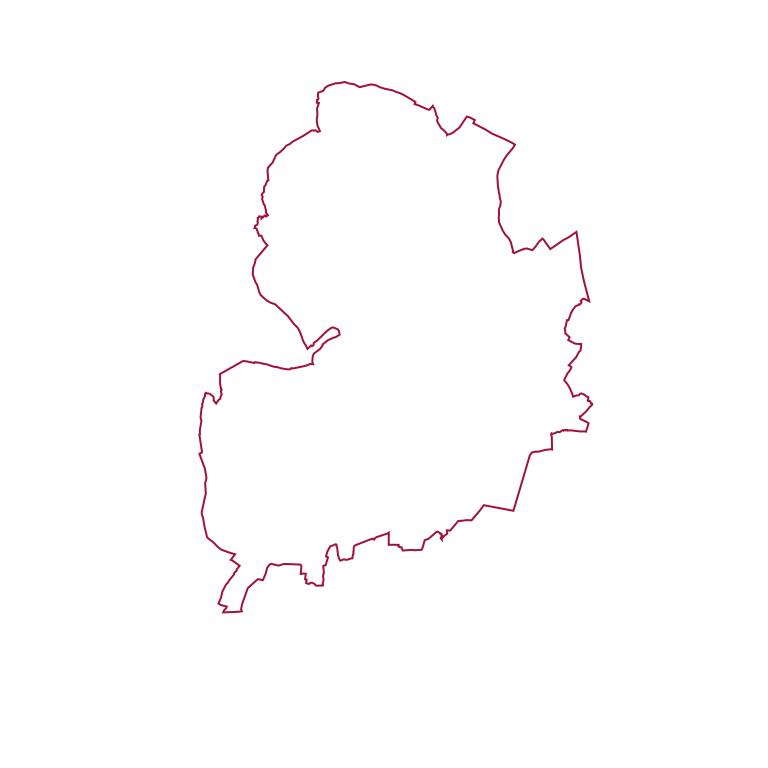 Hodod, Satu Mare, Romania (Equal Earth projection), rotated 297°
{"feature_id": "2599482B11303737226697", "entity_name": "Hodod", "entity_type": "district", "adm_level": 2, "iso_a3": "ROU", "parent_name": "Romania", "parent_adm1": "Satu Mare", "projection": "equal_earth", "projection_center": [23.05, 47.398], "detail": "fine", "context": "isolated", "style": "outline", "palette": "rose", "viewbox_px": 768, "rotation_deg": 297, "n_neighbors": 0, "source": "geoboundaries", "source_scale": "gbopen_adm2", "svg_char_len": 6166}
<svg xmlns="http://www.w3.org/2000/svg" viewBox="0 0 768 768"><g transform="rotate(297 384 384)"><path d="M441.8,584.2L442.2,582.6L442.0,574.6L444.0,573.2L444.4,574.0L451.9,576.7L456.3,577.6L460.1,578.9L460.8,578.5L461.1,577.9L460.7,577.1L462.2,575.6L462.1,574.7L461.4,573.5L461.6,573.1L463.9,572.7L465.1,571.8L464.9,569.6L465.4,568.4L465.3,564.3L464.2,563.1L462.5,562.8L461.0,560.4L458.5,558.2L460.6,556.3L464.6,551.5L467.2,547.4L468.7,543.8L469.5,542.7L476.9,542.7L479.4,543.3L483.3,543.5L484.2,543.2L484.6,540.1L495.0,543.0L500.7,543.1L503.1,543.8L506.9,542.7L509.2,541.5L507.1,537.2L506.7,535.8L506.8,528.2L510.0,528.1L511.4,522.5L512.2,522.3L515.6,519.8L518.3,519.7L523.9,518.0L524.5,519.3L524.8,519.4L531.6,518.5L535.4,518.5L539.6,519.2L540.7,519.7L543.1,521.8L543.7,521.7L544.0,522.5L545.6,522.9L546.5,522.9L547.3,521.6L549.5,522.2L550.7,523.0L550.9,529.3L566.6,515.3L577.1,506.8L587.3,500.3L606.9,486.4L598.3,481.8L593.9,478.6L579.7,470.9L584.9,461.0L585.5,459.2L581.2,457.5L574.8,456.6L570.6,455.4L569.5,449.4L567.4,446.9L562.1,442.3L559.7,440.7L559.9,438.9L560.9,438.8L568.3,432.3L568.8,431.1L569.8,430.3L571.4,426.5L571.7,425.1L574.4,420.4L580.2,413.2L585.0,410.3L587.5,409.5L590.0,407.9L592.2,407.1L596.3,406.5L599.9,405.1L602.2,402.8L605.3,400.9L606.8,399.3L609.6,397.6L611.1,396.2L620.9,390.5L626.3,388.9L638.1,389.0L642.9,389.5L653.2,391.8L656.7,392.0L657.0,389.5L656.9,379.0L656.1,366.8L656.8,358.3L656.9,345.2L660.4,345.1L660.5,339.3L659.9,336.4L646.7,334.8L639.5,331.4L636.6,329.4L635.1,327.5L634.5,327.2L635.5,326.7L637.5,321.2L637.8,318.9L641.4,313.2L642.8,311.7L645.3,311.1L646.0,310.5L647.2,308.6L649.5,306.7L652.6,303.5L653.0,302.1L653.9,301.2L648.9,300.0L648.4,297.9L648.0,288.9L647.3,284.2L649.5,284.1L649.9,280.5L650.5,269.9L650.4,265.9L649.8,262.6L649.5,258.1L647.5,250.9L646.5,245.6L646.6,242.4L646.2,239.7L645.0,236.4L637.4,227.5L637.5,221.1L635.9,216.6L635.3,211.9L631.7,207.5L630.0,204.4L624.5,198.9L621.4,197.1L617.7,196.8L613.6,193.1L610.5,194.4L608.8,195.9L607.7,196.1L606.8,195.3L606.2,196.0L604.3,196.2L604.1,196.7L604.8,198.4L598.9,199.3L594.2,202.2L588.6,204.2L583.8,207.6L581.1,211.2L580.1,212.1L578.5,210.4L579.0,207.8L577.9,206.5L577.4,204.6L568.9,199.7L558.3,192.5L555.4,191.3L551.9,188.7L548.7,188.1L542.9,185.9L540.4,184.4L538.5,183.9L530.9,184.2L523.9,182.4L521.0,183.5L512.9,188.5L512.7,187.9L512.2,187.7L507.3,188.1L505.6,187.6L500.6,189.8L498.6,189.2L496.8,189.2L495.8,190.8L493.3,191.5L489.6,195.3L489.4,196.2L484.4,200.6L483.9,200.5L482.3,201.9L482.3,202.8L481.8,203.1L481.6,203.9L479.7,202.9L480.0,201.8L479.7,200.9L478.6,200.9L475.9,199.7L477.6,198.9L476.7,196.7L475.8,196.8L474.5,196.1L474.0,196.8L471.2,197.5L470.6,198.3L469.3,198.7L468.3,198.6L466.4,197.3L464.9,198.0L464.2,197.9L464.6,199.3L464.5,200.0L462.3,202.4L461.5,202.8L460.6,204.4L459.3,205.3L460.3,206.9L460.3,207.7L457.2,211.3L455.2,215.4L454.8,217.2L436.8,213.0L432.7,214.1L427.9,214.7L421.5,217.7L416.2,223.5L414.9,225.8L408.9,231.5L407.4,233.5L406.3,236.9L405.1,242.0L405.0,246.3L405.6,250.7L400.9,267.4L396.1,277.5L396.0,278.4L394.7,281.9L391.9,285.9L386.0,292.1L383.9,294.8L383.0,296.7L380.5,299.8L385.2,301.6L384.9,302.5L385.5,303.1L386.9,303.5L388.7,302.7L391.9,304.5L405.6,309.2L410.1,311.5L411.3,312.9L411.8,318.0L410.9,319.7L407.8,322.1L403.9,319.7L402.5,318.1L397.6,314.2L391.3,311.3L390.2,311.8L386.2,311.1L379.2,307.7L376.4,307.9L371.1,310.1L369.5,311.9L368.3,309.1L364.8,306.1L356.3,295.6L356.2,294.2L354.6,293.8L353.3,291.5L351.3,285.3L350.7,281.7L349.4,278.1L348.3,270.7L347.5,267.5L347.1,267.0L346.6,264.1L344.7,258.9L343.8,258.9L341.7,251.0L340.5,248.0L318.2,233.2L316.6,234.4L310.1,237.7L306.7,240.1L306.3,240.8L305.2,241.1L305.0,242.0L303.3,242.1L300.9,244.1L298.2,244.2L296.3,244.8L294.3,243.7L290.4,243.3L292.0,239.7L294.7,238.4L295.3,237.6L296.1,233.6L296.0,232.4L295.3,230.8L295.4,229.3L294.2,229.0L291.4,230.1L288.3,230.0L284.9,231.1L283.3,231.1L281.8,232.3L279.9,232.3L271.5,235.5L269.4,236.8L268.5,238.0L259.0,241.0L255.7,242.8L255.2,242.4L240.5,252.9L238.0,251.2L227.3,262.8L220.7,267.8L219.0,268.7L214.4,269.7L205.8,274.8L187.0,279.8L185.1,280.9L182.5,283.6L176.6,287.9L167.4,295.7L166.7,297.2L165.4,304.1L163.6,309.1L162.5,314.1L163.7,323.7L164.7,328.6L157.7,327.3L157.7,327.6L158.1,327.7L156.5,337.9L151.7,336.9L150.8,337.5L147.8,336.3L146.3,336.8L138.0,335.1L136.4,335.2L133.7,334.3L125.7,334.2L119.9,335.7L113.2,336.2L113.0,339.0L114.3,344.9L112.6,345.2L110.0,344.3L107.5,344.4L113.1,354.5L116.0,359.3L117.0,360.5L118.7,358.8L123.7,357.5L140.3,355.3L152.7,360.1L153.7,362.6L153.7,364.4L154.1,365.1L161.3,364.7L167.4,363.3L171.0,364.0L172.6,365.2L174.4,372.6L178.3,376.6L185.2,391.6L184.1,393.1L176.9,396.1L178.5,398.2L179.4,400.5L174.2,402.3L174.5,404.0L171.4,404.8L171.2,405.1L171.7,407.9L173.4,408.6L174.2,410.0L174.4,411.3L174.2,413.1L173.7,414.1L173.6,415.4L176.7,421.0L177.2,421.0L178.6,419.8L180.6,419.6L183.3,418.3L184.6,417.2L186.5,416.4L188.4,416.2L194.1,412.5L194.9,412.8L195.9,414.3L204.0,412.8L204.3,412.4L204.0,410.8L204.3,410.5L209.1,409.6L215.0,409.8L217.2,412.0L218.5,412.8L219.4,414.1L219.2,414.7L217.7,415.5L216.8,416.7L210.6,420.7L207.5,424.0L206.8,425.0L206.9,425.5L209.6,427.8L209.9,429.4L210.8,431.1L213.9,434.1L214.3,435.0L218.0,433.7L219.2,433.9L220.8,432.7L221.8,432.7L224.4,431.3L226.0,431.1L227.0,431.4L240.6,443.5L241.1,444.2L240.6,444.8L240.9,445.9L242.5,446.0L244.2,446.9L252.4,455.0L253.7,455.8L242.9,461.2L247.3,470.0L245.8,470.5L246.1,471.7L245.8,472.2L246.5,473.8L245.5,474.5L244.2,476.4L248.9,484.3L250.1,487.4L253.3,492.7L255.8,492.7L263.2,491.2L266.5,494.0L275.8,497.9L276.8,498.8L276.5,502.8L275.8,502.7L275.6,504.5L272.3,504.5L271.8,505.8L272.2,505.5L275.4,506.4L279.4,508.3L282.2,506.4L283.4,509.5L295.5,512.3L296.2,512.9L296.5,514.0L300.1,519.2L302.3,523.9L315.0,526.9L321.3,527.9L329.8,556.9L386.8,546.3L390.3,547.0L392.8,550.1L393.0,551.1L394.8,553.5L398.4,557.5L401.7,562.4L401.9,563.5L412.7,557.7L415.6,555.5L416.1,555.7L415.8,556.4L418.2,559.1L419.7,559.8L421.0,562.5L423.8,564.0L424.2,564.6L424.0,565.3L425.4,566.2L425.2,566.8L426.2,568.2L425.8,568.5L427.6,571.7L430.8,580.4L432.8,584.2L433.2,585.6L441.8,584.2Z" fill="none" stroke="#9f1239" stroke-width="2"/></g></svg>